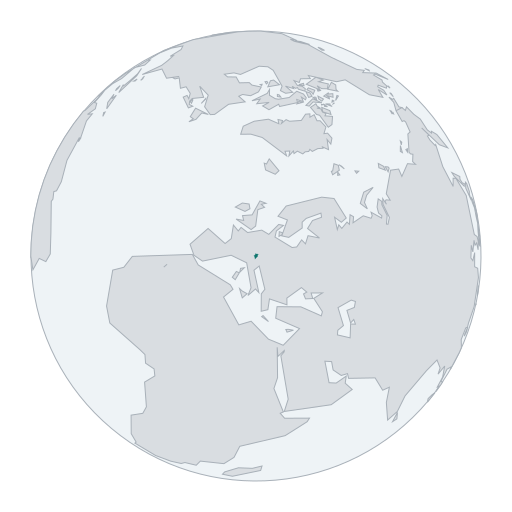 Vorarlberg on an orthographic globe, rotated 40°
{"feature_id": "AUT-2320", "entity_name": "Vorarlberg", "entity_type": "State", "adm_level": 1, "iso_a3": "AUT", "parent_name": "Austria", "parent_adm1": "", "projection": "orthographic", "projection_center": [9.893, 47.218], "detail": "fine", "context": "on_globe", "style": "filled", "palette": "teal", "viewbox_px": 512, "rotation_deg": 40, "n_neighbors": 0, "source": "natural_earth", "source_scale": "10m", "svg_char_len": 10952}
<svg xmlns="http://www.w3.org/2000/svg" viewBox="0 0 512 512"><g transform="rotate(40 256 256)"><circle cx="256" cy="256" r="225" fill="#eef3f6" stroke="#a8b0b8"/><path d="M67.8,132.3L69.2,130.1L98.5,95.4L80.2,115.2L92.5,101.1L92.1,101.5L105.6,88.8L115.0,80.7L133.0,69.0L149.0,64.6L142.9,67.9L147.4,66.9L155.4,62.9L159.6,60.6L186.0,55.4L213.2,48.3L219.6,44.2L219.9,46.9L230.5,38.6L243.8,35.8L230.1,40.2L229.7,41.8L239.4,40.2L241.1,41.5L246.8,41.7L248.0,43.6L239.8,46.6L240.4,48.1L247.3,46.9L252.8,48.5L242.6,49.9L251.2,52.9L239.2,59.6L211.1,63.7L205.7,70.7L180.1,84.1L183.6,85.2L176.2,91.6L177.6,95.3L172.4,97.2L178.0,98.7L182.4,96.3L186.3,96.2L187.5,98.3L181.2,101.0L179.6,100.3L178.4,102.2L174.7,102.7L177.2,103.6L169.4,106.9L178.9,107.0L174.1,112.3L168.4,113.6L166.8,109.1L149.8,102.7L143.5,103.4L136.4,108.6L127.4,126.9L121.4,129.9L114.9,137.1L119.1,137.1L125.7,131.6L132.0,134.0L139.4,127.5L143.0,127.7L151.4,123.2L152.4,128.7L148.8,136.7L141.9,140.9L140.1,144.7L148.6,144.9L137.5,157.4L133.3,174.1L130.1,177.1L120.7,174.7L116.0,163.5L103.7,162.1L113.9,168.1L105.9,176.3L105.6,180.0L107.4,182.8L111.3,181.9L109.0,186.0L98.1,181.1L100.0,177.3L103.4,178.7L101.1,173.7L93.7,171.3L90.3,176.1L82.7,168.9L80.1,172.4L77.1,173.0L81.7,167.8L73.2,177.3L63.8,173.2L52.2,190.1L61.2,170.6L62.9,162.9L63.9,155.6L61.9,158.1L65.9,146.0L65.0,142.1L57.7,151.0L50.8,164.0L47.0,175.8L49.0,173.9L48.0,181.2L41.9,189.7L39.0,206.5L35.4,216.1L33.6,226.1L33.9,232.0L33.6,242.3L35.8,241.3L38.3,246.5L35.9,255.8L39.2,252.3L39.3,261.5L45.8,278.4L44.6,279.1L49.7,304.2L59.1,324.2L61.3,334.3L59.7,336.6L63.9,343.0L64.0,345.7L84.0,370.1L97.1,386.7L98.6,395.4L91.5,397.2L94.0,410.0L83.6,400.9L84.6,402.2L74.7,389.7L65.7,376.6L57.7,362.9L50.6,348.6L44.6,333.9L39.6,318.8L35.8,303.4L33.0,287.7L31.3,271.9L30.7,256.0L31.5,254.3L33.2,239.4L33.5,233.8L32.5,234.5L35.1,213.8L38.6,200.1L53.3,157.7L67.8,132.3ZM48.8,194.6L45.8,219.0L44.3,210.4L45.2,210.8L46.6,203.4L48.2,192.6L47.7,185.9L48.8,194.6ZM54.7,193.4L54.9,189.9L55.1,192.7L54.7,193.4ZM161.1,59.5L155.4,62.8L147.6,66.1L152.1,63.1L161.1,59.5ZM176.3,54.4L174.1,56.0L169.2,56.3L172.0,55.2L176.3,54.4ZM223.7,41.3L218.8,42.5L223.0,40.9L223.7,41.3ZM247.4,41.4L248.3,40.7L250.8,41.2L247.4,41.4ZM150.3,120.5L150.8,121.8L149.0,122.0L150.3,120.5ZM153.4,117.5L150.9,116.7L152.1,115.2L153.6,115.6L153.4,117.5ZM255.0,44.6L258.8,45.7L253.5,45.0L255.0,44.6ZM156.3,118.8L154.4,112.5L156.4,109.9L163.9,109.7L156.3,118.8ZM260.1,46.7L269.6,49.9L272.4,48.5L269.9,54.7L262.7,49.7L255.7,48.9L260.0,48.2L260.1,46.7ZM183.3,94.6L178.6,97.2L181.4,93.2L183.3,94.6ZM184.1,92.1L187.0,80.5L194.5,78.0L192.0,82.2L200.8,77.7L203.1,82.1L198.7,85.6L193.4,86.3L198.3,87.5L184.1,92.1ZM267.0,57.9L268.1,59.3L265.4,58.4L267.0,57.9ZM188.1,95.9L188.0,93.6L194.5,91.2L195.8,95.4L193.3,94.8L188.1,95.9ZM202.1,74.5L207.1,73.7L210.3,77.0L212.7,77.2L203.8,82.1L202.1,74.5ZM192.4,96.4L196.3,97.6L194.4,100.7L188.6,98.0L192.4,96.4ZM195.6,88.9L198.8,88.1L197.5,89.9L195.6,88.9ZM189.6,113.1L189.4,110.1L192.8,108.6L189.6,113.1ZM197.9,97.8L198.6,96.7L199.9,95.9L202.0,97.3L197.9,97.8ZM206.6,84.2L206.9,85.8L210.5,82.3L213.0,84.9L206.6,87.8L210.4,87.6L211.2,88.4L205.1,90.0L206.6,84.2ZM208.0,96.3L200.7,101.3L200.4,107.0L197.4,108.5L198.4,99.1L208.0,96.3ZM206.8,92.4L206.9,95.1L203.1,95.4L200.7,93.7L206.8,92.4ZM217.0,85.7L214.8,81.0L216.3,80.5L217.0,85.7ZM208.7,97.8L210.4,96.6L209.1,98.2L208.7,97.8ZM215.3,89.3L214.3,87.6L216.1,87.1L215.3,89.3ZM214.8,95.7L212.4,97.3L210.7,96.1L214.8,95.7ZM215.6,92.7L218.2,92.5L211.5,94.8L214.9,92.0L215.6,92.7ZM217.1,89.1L217.8,88.3L217.3,89.9L217.1,89.1ZM222.5,99.4L214.5,102.6L210.8,99.9L219.1,97.2L222.5,99.4ZM480.9,242.9L480.9,244.3L479.8,238.2L479.1,239.7L476.8,228.8L471.3,219.0L471.4,229.5L469.0,223.4L461.5,219.3L460.3,234.3L460.1,267.3L464.2,284.2L462.3,297.1L450.0,284.4L442.5,270.8L439.3,277.4L425.6,272.8L405.6,290.2L401.7,287.3L398.1,292.7L388.3,293.7L381.8,288.3L376.4,292.3L393.4,306.1L399.1,301.8L402.3,290.0L406.1,296.1L415.5,296.4L409.2,321.6L377.6,356.9L372.7,345.0L339.2,316.5L339.2,311.5L339.0,311.0L338.4,310.2L337.3,318.8L330.9,312.3L350.7,335.3L354.9,346.0L377.2,357.9L375.6,360.9L382.2,361.9L401.2,345.8L401.7,350.1L393.8,374.9L365.9,412.2L368.6,424.4L364.9,435.7L345.2,448.9L344.7,454.7L334.3,459.9L332.1,463.0L322.5,468.0L307.2,473.4L283.5,477.2L283.8,475.6L274.6,472.3L262.6,458.2L270.4,449.3L269.0,442.0L251.7,424.2L255.6,412.9L250.5,408.0L240.3,409.1L234.3,402.9L227.9,402.4L187.1,401.3L173.7,390.4L155.3,358.9L162.0,349.6L161.5,335.8L206.2,295.7L217.5,300.0L254.8,294.6L259.8,296.3L257.5,308.3L287.1,319.8L294.2,309.1L319.0,311.7L334.2,306.9L336.0,283.6L311.1,291.0L304.7,281.3L323.1,266.1L344.5,259.9L342.7,256.0L327.5,251.3L330.7,241.5L322.0,248.9L326.8,252.1L321.5,257.0L316.8,254.5L318.1,251.0L311.1,251.0L306.7,268.4L311.1,273.5L293.9,280.2L299.6,289.5L295.5,295.0L284.4,281.6L284.2,275.8L264.9,261.6L263.6,268.2L281.7,282.2L276.8,281.6L275.2,291.4L272.6,283.5L253.2,267.2L236.5,271.4L218.3,294.3L208.0,295.3L197.9,289.4L201.6,265.7L224.3,266.3L225.9,258.6L218.8,246.8L226.3,248.2L226.2,243.7L234.5,243.4L243.8,232.5L251.9,231.2L253.1,217.3L257.4,214.9L255.5,223.7L258.4,229.3L278.2,226.3L281.4,222.9L280.6,214.3L286.1,214.9L282.8,207.0L293.1,201.4L277.8,201.8L276.5,192.5L281.3,184.2L278.2,181.4L270.3,194.9L269.6,200.4L273.4,204.9L269.1,220.7L262.8,224.0L256.9,208.2L247.3,211.4L247.0,198.3L268.5,168.7L278.8,161.8L300.7,168.9L299.7,175.3L291.3,175.8L301.3,183.5L299.4,178.9L304.0,179.7L303.9,171.5L307.2,171.7L301.5,163.9L305.5,163.2L309.0,168.2L312.3,156.3L319.9,153.1L319.1,150.4L316.0,148.5L327.8,146.2L326.6,144.3L322.3,144.3L317.3,140.7L312.9,133.7L317.2,133.3L319.4,135.8L330.4,140.6L335.4,147.7L336.7,146.8L333.4,140.7L320.0,134.7L316.2,130.6L322.7,132.5L320.0,131.5L319.5,129.4L322.9,127.0L315.8,124.6L303.9,103.8L309.4,97.7L316.6,101.3L312.7,87.9L319.3,83.2L315.3,83.0L310.8,77.2L308.7,78.5L306.5,78.1L293.9,64.9L294.3,61.9L284.4,57.1L282.4,57.2L281.5,59.0L269.9,54.7L272.4,48.5L276.9,48.5L275.4,45.0L285.9,46.0L293.8,45.5L306.2,49.3L311.4,49.0L310.2,47.7L316.4,46.7L333.4,49.9L325.0,52.9L300.6,51.4L311.0,52.2L310.2,53.9L314.9,55.4L322.2,56.2L322.0,55.1L341.7,67.5L362.3,76.0L357.0,69.7L359.3,68.0L378.1,74.5L409.4,99.2L412.9,99.0L416.9,102.0L422.2,108.5L416.6,104.2L416.9,107.0L412.9,103.8L419.5,113.5L414.0,109.4L421.9,119.4L425.1,120.2L421.3,112.8L430.4,123.7L433.7,122.9L440.3,129.6L455.7,154.7L462.0,171.1L463.7,174.4L462.9,176.3L466.9,188.1L472.2,194.1L473.7,198.9L477.8,218.1L477.0,214.9L475.1,219.9L478.3,233.3L479.9,232.5L480.4,236.2L480.9,242.9ZM193.2,319.5L192.5,323.8L193.2,319.5ZM369.1,264.1L380.7,258.2L372.2,247.3L376.0,244.3L371.7,241.8L371.5,246.5L360.6,239.2L364.4,232.2L361.4,226.9L357.3,228.6L352.0,242.8L367.7,253.1L366.4,260.3L369.1,264.1ZM46.0,278.8L46.5,282.6L45.2,279.9L46.0,278.8ZM42.4,212.7L42.6,216.5L42.1,219.7L41.7,217.4L42.4,212.7ZM47.9,242.7L48.9,247.5L47.1,244.0L47.9,242.7ZM45.7,222.6L47.0,239.2L43.7,233.6L43.2,223.3L44.5,228.2L45.7,222.6ZM51.2,196.8L50.9,199.7L49.9,200.6L51.2,196.8ZM54.8,195.5L54.7,194.8L55.5,192.4L54.8,195.5ZM106.6,176.6L107.4,177.1L108.4,180.5L106.4,180.0L106.6,176.6ZM122.2,189.9L118.3,196.3L119.7,191.2L116.1,191.5L114.7,181.6L128.5,178.2L122.5,181.3L122.2,189.9ZM116.6,168.1L116.0,174.3L116.2,167.6L116.6,168.1ZM217.3,220.6L221.0,223.7L218.9,228.9L208.7,231.8L211.5,224.2L217.3,220.6ZM226.6,227.0L223.6,211.3L229.8,209.2L226.8,213.0L231.3,213.2L227.6,219.3L236.5,233.3L235.3,238.9L217.0,240.5L223.7,236.7L219.7,233.7L226.6,227.0ZM204.9,178.8L203.7,173.1L218.8,175.9L218.2,181.0L208.0,183.9L202.6,179.6L204.9,178.8ZM169.9,120.1L168.5,118.5L170.2,117.7L172.9,118.3L169.9,120.1ZM189.2,111.8L178.0,126.3L175.8,125.2L171.9,135.6L164.6,136.8L167.3,129.9L158.7,138.9L158.3,133.1L153.1,139.7L160.1,124.2L159.3,119.7L163.0,124.2L169.7,123.1L172.5,121.4L179.6,113.2L181.3,103.6L188.3,101.4L192.8,102.5L193.5,104.5L188.7,105.1L193.0,107.3L186.6,109.9L189.2,111.8ZM241.4,122.2L235.6,121.1L243.2,127.9L236.8,129.7L238.1,130.4L234.3,134.0L231.9,139.7L228.7,139.7L229.2,142.0L226.7,144.6L226.2,147.7L220.3,149.1L219.3,153.1L217.1,151.5L216.9,158.2L214.4,153.9L210.9,157.1L215.1,159.6L184.6,161.2L173.7,166.0L166.0,172.6L162.8,164.8L168.0,153.9L177.6,143.2L188.5,140.0L185.1,137.3L189.3,135.1L190.3,138.1L191.4,132.2L195.1,131.2L203.6,123.0L202.8,115.5L205.9,112.5L208.1,115.0L209.7,110.4L215.8,113.2L218.2,111.2L226.6,112.2L229.4,118.6L231.9,115.9L238.4,116.9L241.4,122.2ZM224.9,99.9L229.7,106.5L228.6,110.9L214.3,107.3L211.3,108.7L202.2,107.1L204.0,100.9L206.5,101.9L209.3,101.5L207.6,103.6L211.0,101.6L214.5,103.0L218.1,101.9L218.7,104.3L224.9,99.9ZM264.3,291.5L267.9,291.7L273.4,290.6L272.4,296.9L264.3,291.5ZM250.9,280.5L254.0,279.6L255.3,287.5L251.5,287.5L250.9,280.5ZM254.6,272.5L254.0,278.9L252.1,275.4L254.6,272.5ZM258.2,222.4L261.4,221.1L262.2,223.0L261.0,226.2L258.2,222.4ZM262.5,144.5L259.3,142.7L260.0,141.5L256.4,135.2L260.8,133.6L264.7,136.8L262.5,144.5ZM332.4,288.8L328.7,294.4L326.1,293.1L327.9,291.4L332.4,288.8ZM299.7,297.1L307.7,298.2L299.3,298.8L299.7,297.1ZM266.7,141.7L264.7,139.2L268.1,140.0L266.7,141.7ZM263.9,132.2L267.7,132.5L260.9,132.7L263.9,132.2ZM397.4,417.3L379.5,439.9L370.6,444.7L370.8,441.5L378.7,429.5L389.7,421.0L395.6,413.0L397.4,417.3ZM481.3,257.8L479.5,254.6L480.1,248.9L481.0,245.8L481.3,257.8ZM464.9,284.9L468.6,290.2L467.1,295.1L464.9,284.9ZM465.9,178.6L467.1,183.5L466.1,181.6L463.8,174.1L465.9,178.6ZM445.4,135.6L449.5,141.4L451.2,144.2L449.8,142.5L445.4,135.6ZM301.6,128.1L301.7,138.3L304.7,145.3L311.0,148.3L302.1,148.7L297.5,137.9L301.6,128.1ZM303.1,106.6L297.6,104.5L299.9,102.9L301.5,103.1L303.1,106.6ZM299.9,107.1L293.4,109.4L290.2,106.5L296.0,105.3L299.9,107.1ZM280.2,125.0L279.9,128.0L277.1,127.2L280.2,125.0ZM456.0,152.4L455.7,151.7L455.2,150.8L456.0,152.4ZM414.8,97.3L412.5,95.6L409.2,92.1L411.7,94.2L414.8,97.3ZM396.4,80.4L407.6,90.7L416.1,99.8L415.8,98.8L421.8,104.6L419.9,103.9L410.4,94.5L404.7,88.4L399.4,84.4L392.5,78.7L387.1,75.8L382.7,72.7L385.8,73.6L396.4,80.4ZM385.0,74.9L373.1,69.2L369.0,64.8L370.7,65.0L377.9,69.4L379.6,71.4L385.0,74.9ZM369.0,66.6L370.6,68.7L356.4,67.5L352.4,66.2L361.0,64.1L362.9,66.1L367.1,67.4L369.0,66.6ZM270.1,58.7L268.3,59.2L268.7,58.0L270.1,58.7ZM305.4,79.0L302.4,78.2L303.0,76.5L305.4,79.0ZM294.5,75.1L295.9,77.5L292.6,75.1L294.5,75.1ZM299.3,83.1L295.6,78.6L301.7,82.7L299.3,83.1Z" fill="#d9dde1" stroke="#a8b0b8" stroke-width="1"/><path d="M255.9,256.8L255.4,256.6L255.2,256.6L255.3,256.4L255.2,256.4L255.2,256.2L255.1,255.9L255.1,255.7L255.2,255.4L255.3,255.3L255.4,255.2L255.2,255.0L255.1,254.8L255.3,254.8L255.5,254.8L255.5,254.7L255.8,254.6L255.8,254.8L255.9,254.7L256.0,254.8L256.1,254.7L256.1,254.8L256.2,255.0L256.3,255.0L256.3,254.9L256.5,255.1L256.4,255.3L256.5,255.3L256.8,255.4L256.8,255.5L256.7,255.7L256.7,255.8L256.8,255.8L256.8,256.1L256.8,256.3L256.7,256.5L256.6,256.8L256.6,257.0L256.6,257.3L256.6,257.5L256.5,257.4L256.4,257.4L256.0,257.2L255.9,257.1L255.9,256.9L255.9,256.8Z" fill="#14b8a6" stroke="#0f766e" stroke-width="1.5"/></g></svg>